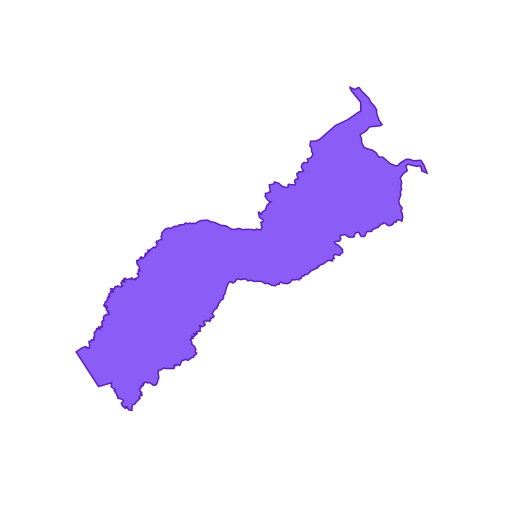 outline of Miranda, Cauca, Colombia, rotated 300°
{"feature_id": "7082276B64224569928745", "entity_name": "Miranda", "entity_type": "district", "adm_level": 2, "iso_a3": "COL", "parent_name": "Colombia", "parent_adm1": "Cauca", "projection": "equal_earth", "projection_center": [-76.228, 3.222], "detail": "fine", "context": "isolated", "style": "filled", "palette": "violet", "viewbox_px": 512, "rotation_deg": 300, "n_neighbors": 0, "source": "geoboundaries", "source_scale": "gbopen_adm2", "svg_char_len": 6111}
<svg xmlns="http://www.w3.org/2000/svg" viewBox="0 0 512 512"><g transform="rotate(300 256 256)"><path d="M413.3,362.8L419.1,355.4L421.3,350.9L417.3,344.8L416.4,340.4L414.9,337.8L409.0,334.5L405.2,333.5L403.9,332.0L403.1,325.9L405.0,316.6L403.2,312.8L405.5,308.2L405.9,304.0L404.3,297.7L404.3,294.8L407.2,290.7L410.6,288.5L412.5,285.9L413.7,285.8L419.2,288.8L424.6,289.7L430.6,298.1L432.8,299.5L434.9,294.9L439.8,289.2L442.9,287.3L445.0,283.5L446.6,278.4L449.0,274.9L451.8,264.5L453.3,261.4L452.8,260.2L449.5,258.2L449.2,253.1L448.3,253.6L446.4,256.9L441.6,269.7L433.7,274.4L431.9,272.9L419.6,267.1L408.8,259.6L388.5,252.7L385.4,250.3L382.7,245.9L378.4,247.5L377.3,250.0L374.0,252.1L373.5,253.7L372.3,254.4L368.9,254.6L365.4,251.9L363.7,254.2L362.5,253.9L361.0,250.7L358.4,250.0L355.6,250.8L353.2,254.7L351.3,252.9L350.5,251.0L349.2,251.4L348.0,250.1L346.1,251.4L344.7,253.5L343.9,253.0L343.3,253.4L342.0,251.8L340.5,251.8L339.3,252.4L338.9,253.8L336.9,254.2L334.5,248.6L333.4,248.2L331.9,249.5L330.6,248.5L329.4,243.5L330.4,239.4L329.4,235.0L327.4,235.4L324.1,231.9L318.8,236.5L318.2,235.5L316.3,234.7L314.9,232.8L313.8,233.8L312.2,234.0L310.0,238.9L310.3,242.0L307.9,240.6L306.6,241.0L305.7,240.1L300.5,241.1L297.0,239.4L294.9,239.9L294.7,238.9L295.6,236.9L295.2,236.2L291.6,239.2L290.9,241.4L291.1,243.4L290.3,244.8L289.2,244.8L287.5,243.3L286.5,244.7L285.0,245.2L284.1,246.9L280.8,246.8L279.6,242.9L277.6,241.9L277.3,240.1L275.1,235.6L272.1,231.2L271.5,227.5L268.8,224.9L266.9,221.6L267.1,214.9L265.0,210.2L264.3,202.8L262.8,199.3L263.1,197.4L262.3,195.1L259.0,190.4L255.6,188.0L254.1,187.8L252.9,185.0L251.8,184.0L251.6,182.6L249.9,180.6L249.2,178.2L247.4,178.1L244.6,174.0L242.9,173.7L240.7,170.3L237.4,168.7L236.6,166.3L233.9,163.9L228.7,162.9L228.1,163.6L225.2,164.2L223.1,166.2L222.0,164.7L220.1,164.0L219.5,162.7L217.5,162.9L217.1,164.7L212.8,164.7L212.5,162.9L208.2,161.2L207.1,159.6L206.7,161.2L205.5,160.0L204.4,160.7L203.0,158.9L202.0,160.3L201.1,159.3L200.2,160.2L197.4,159.2L197.9,157.2L197.3,156.6L197.0,156.6L197.3,157.7L196.8,158.3L196.4,156.8L194.1,156.7L192.5,155.0L191.5,156.3L191.1,155.8L189.6,157.1L188.1,160.6L186.9,161.4L185.6,161.1L185.3,163.0L184.0,161.7L181.9,162.6L181.3,162.1L179.9,164.8L178.1,164.3L175.8,162.6L175.5,164.2L174.4,160.8L175.0,159.4L173.2,159.3L173.5,158.3L171.6,156.6L170.8,154.8L171.4,154.0L170.9,153.3L170.2,153.0L169.7,154.1L168.6,153.0L168.2,155.0L167.3,152.6L166.4,153.5L165.4,152.5L163.2,154.5L163.7,155.4L163.2,155.6L161.6,154.3L160.9,151.1L160.3,151.4L159.1,149.3L156.4,149.7L155.3,147.1L155.0,148.4L154.1,147.5L154.2,149.2L153.6,150.3L153.0,150.1L152.7,148.3L152.1,147.8L151.5,148.5L149.4,147.7L148.2,149.5L147.3,148.2L146.3,149.3L145.5,148.3L144.1,149.3L143.0,148.8L142.5,149.5L140.6,148.4L140.2,149.0L137.2,148.8L136.5,150.6L136.9,151.1L137.9,150.7L137.9,151.8L137.0,153.1L136.0,152.2L134.3,153.6L134.4,155.8L133.3,155.5L133.4,156.9L132.5,156.9L131.9,157.8L130.4,155.4L129.4,155.4L128.5,154.4L126.2,154.7L124.1,156.5L123.3,155.5L121.3,155.5L120.1,157.1L119.2,157.0L118.3,158.3L117.2,158.0L117.3,156.8L116.1,156.9L116.0,155.8L114.7,157.4L115.0,155.3L113.7,155.3L113.4,154.3L110.7,155.0L109.0,154.1L105.8,156.3L104.7,156.0L103.8,157.0L103.0,156.8L102.6,157.6L101.7,157.4L101.2,155.4L99.6,155.5L98.6,154.2L98.3,155.0L97.4,154.7L96.0,156.2L93.0,157.7L92.5,155.9L91.8,155.5L92.5,154.3L91.9,153.3L89.7,151.4L83.0,148.2L64.2,184.9L74.0,194.3L70.4,195.9L69.8,201.1L68.7,200.4L66.3,204.9L65.6,205.3L65.4,206.4L63.8,207.2L64.9,211.5L64.5,213.6L62.1,213.7L61.3,212.9L59.4,215.2L58.7,219.1L59.7,219.7L60.4,218.6L60.9,220.0L59.1,222.4L60.1,225.7L65.0,223.4L67.9,225.4L69.6,225.2L74.7,226.8L75.0,225.4L76.5,225.5L78.4,227.0L79.2,226.3L78.9,225.3L80.4,225.4L81.0,224.1L80.8,223.2L82.8,221.7L83.8,222.3L84.8,221.6L85.7,222.5L86.5,221.6L87.6,223.1L89.2,222.0L89.4,222.8L90.7,222.6L92.0,224.1L91.8,225.7L93.0,226.8L93.2,228.1L92.7,231.7L94.0,233.7L95.6,234.0L102.2,232.6L106.1,229.4L108.2,228.8L108.8,229.8L112.9,232.2L113.7,234.6L117.5,241.2L119.1,240.8L119.6,240.0L120.2,240.7L121.0,240.2L121.3,241.7L122.8,242.2L122.7,243.9L123.1,244.7L128.8,244.2L129.3,245.4L131.2,246.5L131.5,249.0L132.5,249.8L135.6,251.0L137.2,252.6L138.7,252.0L140.7,253.3L142.3,253.1L142.3,251.5L145.0,250.6L146.9,248.0L147.5,244.3L149.1,243.7L150.8,241.0L151.4,241.6L153.1,241.2L152.9,243.4L154.4,240.7L155.2,242.4L157.0,243.0L157.6,241.2L158.5,243.7L159.4,243.8L159.8,242.5L160.5,242.3L163.0,245.3L164.2,244.1L166.0,243.9L167.3,241.9L167.7,242.5L167.8,244.6L170.6,246.4L171.3,246.2L173.1,243.5L174.7,244.4L174.7,245.9L176.1,246.3L176.1,248.4L177.7,248.8L179.2,247.5L179.4,248.4L182.3,250.0L182.9,249.8L184.0,246.8L189.0,246.9L191.4,248.3L192.8,247.5L194.2,248.2L195.7,247.2L197.7,247.9L198.7,247.2L202.3,248.9L203.7,248.8L205.5,247.5L207.3,248.0L214.7,246.0L219.4,245.7L221.1,246.9L221.1,249.4L222.5,250.5L226.8,251.1L227.9,254.7L231.0,258.2L230.5,261.5L232.4,263.5L233.0,266.9L236.7,273.2L236.7,277.8L238.2,279.6L238.5,284.1L239.9,287.8L242.1,288.3L243.1,290.2L244.9,289.9L245.9,290.7L246.0,293.4L247.8,297.1L250.0,298.6L253.9,299.4L254.2,300.9L256.0,302.8L256.8,305.2L257.7,304.9L259.2,306.3L260.5,305.8L262.1,306.5L262.6,307.5L264.2,307.5L265.7,309.6L271.0,311.3L276.7,315.4L278.0,314.5L278.9,315.9L280.5,316.0L282.4,318.1L288.2,320.5L290.0,324.7L291.1,323.6L292.8,325.0L295.0,322.9L297.0,323.6L298.3,328.2L300.9,328.4L302.2,329.4L304.9,327.6L306.5,322.0L306.4,318.2L307.1,317.1L308.1,317.4L310.7,320.9L313.4,320.9L314.7,318.7L316.2,319.0L319.0,322.4L318.7,326.9L321.2,331.2L325.8,330.6L327.6,332.8L327.7,333.9L325.7,336.6L325.8,338.0L326.9,339.9L327.8,340.3L332.4,339.7L335.2,343.9L336.9,343.5L342.2,347.5L345.8,348.2L347.4,349.8L348.5,349.9L349.0,351.2L348.4,355.1L349.0,356.5L351.6,358.6L354.2,358.7L355.4,360.4L357.3,359.9L359.2,362.5L359.0,364.9L363.0,363.7L366.3,361.0L367.9,358.5L369.4,359.0L371.0,358.2L371.4,356.3L372.7,354.2L375.2,352.0L381.6,350.8L383.5,349.0L386.6,348.8L388.9,346.6L392.3,345.6L395.7,341.9L401.1,342.4L405.5,344.4L408.9,340.8L411.4,341.6L414.1,350.7L416.1,353.1L416.0,353.9L412.6,357.1L413.3,362.8Z" fill="#8b5cf6" stroke="#5b21b6" stroke-width="1.5"/></g></svg>